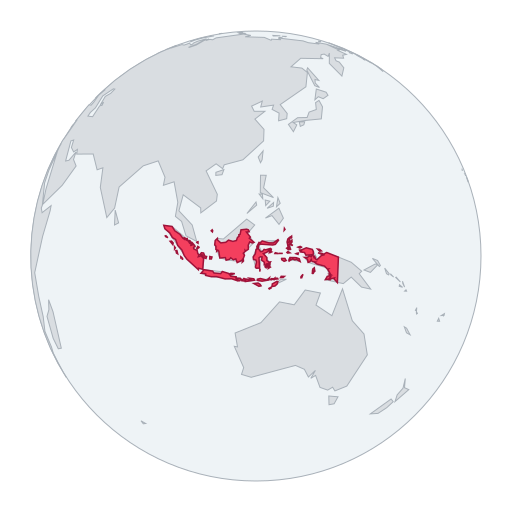 globe centered on Indonesia
{"feature_id": "IDN", "entity_name": "Indonesia", "entity_type": "country or territory", "adm_level": 0, "iso_a3": "IDN", "parent_name": "Asia", "parent_adm1": "", "projection": "orthographic", "projection_center": [119.503, -2.501], "detail": "fine", "context": "on_globe", "style": "filled", "palette": "rose", "viewbox_px": 512, "rotation_deg": 0, "n_neighbors": 0, "source": "natural_earth", "source_scale": "50m", "svg_char_len": 13287}
<svg xmlns="http://www.w3.org/2000/svg" viewBox="0 0 512 512"><circle cx="256" cy="256" r="225" fill="#eef3f6" stroke="#a8b0b8"/><path d="M444.4,313.6L444.1,315.3L443.9,315.5L444.4,313.6ZM372.3,63.1L380.8,68.7L383.1,71.6L375.9,65.4L371.5,62.7L370.8,62.7L366.2,60.1L363.2,58.9L357.8,55.9L354.0,53.3L350.4,51.6L350.1,51.9L344.5,49.7L345.5,49.4L335.8,45.8L328.5,42.7L343.6,48.4L358.2,55.2L372.3,63.1ZM468.2,182.2L466.4,177.2L467.7,180.1L468.2,182.2ZM465.1,174.3L465.8,176.0L465.2,174.6L465.1,174.3ZM464.5,173.5L465.0,174.1L464.7,173.9L464.5,173.5ZM464.0,173.0L464.3,173.2L464.0,173.0ZM462.5,170.7L462.0,170.0L462.1,169.5L462.5,170.7ZM378.3,66.8L376.9,65.9L378.3,66.8ZM363.7,59.2L365.2,60.2L363.0,59.2L363.7,59.2ZM352.8,54.0L348.8,52.5L352.2,53.6L352.8,54.0ZM346.0,51.3L336.4,48.3L338.9,50.0L326.4,44.2L338.7,48.3L342.5,49.1L342.8,49.8L346.0,51.3ZM321.0,41.8L318.1,41.0L320.4,41.4L321.0,41.8ZM62.8,140.1L63.4,139.6L76.5,120.7L75.5,121.1L87.3,106.7L89.0,104.8L91.1,105.2L93.9,102.0L98.6,95.3L105.3,89.6L101.0,92.7L98.1,95.7L95.4,98.1L97.8,95.6L100.1,93.4L100.6,92.9L114.7,80.5L129.9,69.3L145.9,59.5L162.7,51.0L157.6,53.4L162.2,51.2L160.6,52.1L168.2,48.8L167.5,49.3L176.1,45.6L176.1,45.9L170.6,48.2L181.9,44.6L184.1,45.1L187.0,44.1L189.5,43.0L190.7,44.9L192.8,44.1L193.2,43.2L197.7,41.2L206.0,38.9L205.9,39.6L202.9,40.6L196.5,44.2L188.5,47.3L189.4,47.4L196.3,45.0L204.1,40.5L209.1,38.9L206.2,40.7L207.7,39.9L210.2,39.4L212.6,39.8L216.1,37.9L243.5,34.1L250.8,35.4L245.2,36.8L264.3,37.4L271.1,40.3L271.5,39.2L280.9,39.7L278.9,38.7L279.8,38.2L303.0,40.9L308.4,42.7L318.8,44.0L319.0,43.7L315.6,42.3L326.4,44.2L338.9,50.0L337.8,50.4L346.4,54.4L342.7,55.2L343.6,58.2L334.6,57.8L336.1,60.8L339.3,62.1L343.8,67.8L341.9,76.1L329.3,63.4L329.4,53.1L328.1,56.4L324.2,54.1L321.2,54.6L320.6,57.5L323.2,58.7L300.7,58.3L291.0,66.8L301.9,68.1L307.4,72.5L305.9,86.8L280.2,104.6L287.2,113.5L286.7,118.7L278.6,120.8L279.1,113.1L272.1,109.4L273.6,105.1L260.7,107.0L262.3,101.1L251.6,106.1L254.2,111.3L264.9,111.3L254.9,119.1L264.0,129.4L263.6,140.9L242.9,159.8L224.2,164.8L222.7,168.7L216.1,163.8L206.1,170.9L217.3,194.3L216.5,201.0L200.8,212.9L200.7,207.9L183.2,194.8L178.9,210.8L192.2,225.0L196.7,241.4L186.0,235.8L181.6,221.4L175.4,216.4L177.8,202.3L174.1,181.8L163.4,185.3L165.0,177.2L158.2,160.9L143.3,165.8L119.1,187.0L114.6,208.1L106.8,217.6L100.3,187.4L102.9,167.8L97.1,169.8L93.2,154.0L76.7,154.1L77.4,149.4L73.6,151.9L71.4,147.5L73.7,140.0L70.9,140.9L65.6,161.0L68.9,160.3L76.0,152.0L73.5,159.5L76.1,166.0L62.2,185.3L42.7,204.4L46.0,188.9L58.0,149.4L60.5,144.8L60.8,144.4L61.3,143.5L57.0,150.9L60.9,143.5L48.8,170.5L44.6,182.9L42.3,205.4L41.3,208.0L42.1,212.7L51.1,205.6L50.1,210.9L42.6,236.4L34.7,272.7L38.7,296.2L43.2,316.7L44.9,331.3L51.5,347.1L53.3,353.2L57.9,362.3L63.2,372.3L66.3,377.5L57.8,363.1L50.4,348.2L44.2,332.7L39.1,316.8L35.2,300.6L32.5,284.2L31.0,267.6L30.8,250.9L31.8,234.3L34.0,217.8L37.4,201.5L42.0,185.5L47.8,169.8L54.8,154.7L62.8,140.1ZM176.4,45.3L171.4,47.4L165.5,49.8L166.3,49.4L176.4,45.3ZM87.9,116.1L92.6,116.7L99.7,105.8L102.1,105.3L103.6,102.1L100.2,105.0L105.3,96.4L110.6,93.4L114.8,89.1L113.4,88.8L102.8,95.9L95.4,107.9L90.4,112.4L87.9,116.1ZM73.7,124.0L70.8,127.8L71.9,126.2L72.7,125.2L73.7,124.0ZM141.0,420.8L145.7,423.5L143.3,423.8L141.0,420.8ZM53.0,311.7L61.3,348.2L58.3,348.8L53.2,338.4L47.0,316.4L48.9,309.7L48.6,299.7L53.0,311.7ZM253.9,283.7L260.9,285.3L260.7,286.3L253.9,283.7ZM246.6,279.4L254.5,280.3L245.3,281.6L246.6,279.4ZM257.6,280.8L265.7,279.4L269.2,278.0L268.6,280.1L257.6,280.8ZM241.2,279.1L212.5,276.9L201.4,273.4L203.9,269.6L222.0,271.7L241.2,279.1ZM203.0,269.4L186.1,257.7L164.0,225.6L171.9,226.3L195.2,246.1L193.7,249.3L203.9,258.5L203.0,269.4ZM244.4,252.0L242.8,262.0L226.9,259.9L219.7,257.8L214.8,244.7L217.5,238.4L223.4,239.0L246.7,219.1L254.7,225.0L247.4,233.5L254.0,242.6L244.4,252.0ZM115.2,210.1L118.6,222.9L114.5,225.0L115.2,210.1ZM256.7,205.1L246.9,213.5L256.0,202.0L256.7,205.1ZM262.4,194.2L262.8,198.8L259.1,194.0L262.4,194.2ZM222.0,174.7L215.8,175.4L215.9,172.3L223.9,169.6L222.0,174.7ZM263.1,150.9L262.1,159.8L260.5,162.7L258.2,157.0L263.1,150.9ZM214.1,35.9L202.7,38.0L194.6,40.2L190.3,42.0L191.5,40.8L203.9,37.4L214.1,35.9ZM239.8,34.0L243.5,33.1L245.2,33.4L244.6,33.7L239.8,34.0ZM239.7,33.5L238.1,32.7L242.3,32.2L242.8,32.9L239.7,33.5ZM222.2,33.3L218.9,33.8L220.5,33.5L222.2,33.3ZM391.1,399.0L393.2,401.7L386.7,407.7L378.0,413.4L370.3,413.9L391.1,399.0ZM329.0,404.7L328.8,396.0L338.0,396.8L334.1,403.8L329.0,404.7ZM397.2,394.8L403.0,388.2L405.3,378.5L404.5,387.7L408.8,389.6L395.0,401.6L397.2,394.8ZM295.4,365.4L251.2,377.3L241.5,374.4L243.7,367.6L234.3,346.3L237.5,346.9L235.1,333.0L261.0,322.6L279.5,301.9L294.2,304.8L305.2,290.0L320.4,293.0L316.0,305.1L331.9,315.7L342.5,288.8L352.3,320.8L364.0,334.0L367.3,354.9L346.8,386.1L334.9,390.9L332.6,387.2L327.7,390.1L320.0,387.4L315.6,375.4L310.8,378.3L315.4,370.4L308.4,377.0L304.4,369.3L295.4,365.4ZM404.3,326.8L406.6,328.2L410.1,334.8L406.5,332.8L404.3,326.8ZM438.7,318.3L439.6,321.3L437.3,321.2L438.7,318.3ZM443.9,315.5L441.2,315.6L444.4,313.6L443.9,315.5ZM416.3,311.3L417.4,313.5L416.5,314.0L416.3,311.3ZM415.4,310.4L416.8,307.6L416.5,310.7L415.4,310.4ZM404.6,291.1L406.0,289.8L406.6,291.2L404.6,291.1ZM271.3,286.4L281.0,279.3L286.4,279.2L271.3,286.4ZM402.6,287.3L399.2,286.3L399.5,284.7L402.6,287.3ZM402.8,283.6L402.5,281.2L404.6,287.1L402.8,283.6ZM396.2,277.1L400.4,282.0L395.7,277.5L396.2,277.1ZM393.7,277.1L390.6,274.7L390.8,274.1L393.7,277.1ZM359.2,273.7L370.7,289.1L361.5,287.1L351.2,277.1L343.3,283.6L325.3,279.7L329.4,275.5L326.9,267.9L308.4,262.6L304.7,257.5L311.2,255.2L299.0,250.0L312.3,249.5L317.8,259.8L325.4,253.3L338.5,257.1L351.3,262.3L361.7,271.2L359.2,273.7ZM312.5,270.6L314.8,270.9L312.8,273.6L312.5,270.6ZM384.7,268.1L389.2,273.8L388.7,274.9L386.5,273.7L384.7,268.1ZM364.0,270.0L375.2,264.0L377.8,264.7L370.4,272.4L364.0,270.0ZM372.4,258.4L377.6,260.5L380.4,265.5L379.3,266.5L372.4,258.4ZM285.4,258.6L284.8,261.2L281.4,258.7L285.4,258.6ZM289.8,257.5L300.2,261.5L288.8,259.6L289.8,257.5ZM258.7,245.2L261.6,251.7L271.1,248.6L263.9,253.7L270.4,264.6L268.2,268.3L261.8,256.5L259.6,267.9L255.5,267.3L253.1,257.2L257.3,245.6L261.4,241.0L278.5,240.6L258.7,245.2ZM289.7,249.8L286.9,242.3L289.0,237.7L292.0,241.8L289.7,249.8ZM279.0,224.4L272.0,215.6L265.4,218.1L278.9,208.2L283.4,218.2L279.0,224.4ZM273.3,206.2L267.1,208.3L273.6,202.5L273.3,206.2ZM265.7,205.6L265.2,200.0L269.9,201.2L265.7,205.6ZM276.5,206.8L277.9,197.6L280.2,203.3L276.5,206.8ZM263.6,187.8L273.5,197.6L260.3,192.6L260.5,175.2L266.2,175.3L263.6,187.8ZM300.3,126.4L299.3,122.0L304.7,121.8L303.8,124.8L300.3,126.4ZM321.3,118.9L305.8,120.4L293.2,122.5L296.8,124.9L293.4,131.7L288.4,124.4L297.6,117.7L307.1,117.5L309.1,112.1L316.3,109.5L315.6,102.6L319.0,100.4L322.5,106.8L321.3,118.9ZM314.9,99.8L316.3,89.0L326.1,92.2L328.0,95.3L323.2,98.7L318.3,96.7L314.9,99.8ZM319.5,87.5L314.8,85.7L306.8,70.1L307.6,67.8L318.8,80.4L315.0,79.5L315.2,83.0L319.5,87.5ZM318.7,41.4L318.2,41.0L320.4,41.8L318.7,41.4ZM278.4,37.7L280.0,37.3L282.6,37.9L278.4,37.7ZM285.8,36.7L281.8,36.2L286.1,36.4L285.8,36.7ZM272.9,35.4L280.3,35.8L273.2,36.0L272.9,35.4Z" fill="#d9dde1" stroke="#a8b0b8" stroke-width="1"/><path d="M217.4,238.4L217.5,240.0L220.8,242.9L225.8,242.3L228.5,240.1L232.9,241.4L236.4,240.5L237.5,237.4L239.0,236.3L238.8,234.8L240.1,234.3L241.0,229.8L246.6,229.2L248.4,229.8L249.2,231.7L246.4,232.0L250.4,237.1L249.3,238.2L254.0,242.3L252.2,243.0L249.7,241.9L248.2,245.2L248.4,249.2L245.8,251.0L245.1,250.3L245.2,251.4L243.3,253.2L244.5,255.2L243.3,258.5L242.5,259.3L242.1,260.3L237.2,262.6L235.8,258.9L233.3,259.8L230.7,257.8L229.6,259.3L226.1,260.2L225.4,257.6L219.8,258.0L218.8,251.3L218.0,250.3L215.9,249.5L215.9,246.2L214.7,244.9L215.2,240.5L217.4,238.4ZM163.8,225.3L172.1,226.5L174.8,230.8L179.9,234.3L182.8,238.1L184.1,239.0L183.9,237.9L184.7,237.8L186.3,240.0L188.3,241.0L189.7,243.3L192.1,244.3L190.3,245.7L193.3,244.5L194.5,245.4L195.0,246.4L193.6,247.3L193.7,248.8L197.2,250.6L197.8,253.7L199.0,254.7L198.3,256.7L201.1,255.8L203.6,258.6L202.7,269.3L198.5,268.2L198.4,269.7L186.8,259.1L184.2,255.5L181.9,250.0L177.7,245.4L175.6,239.5L172.4,237.6L169.8,232.9L164.9,228.8L163.8,225.3ZM338.4,257.1L337.4,282.6L334.1,279.0L334.6,277.9L330.0,279.1L330.9,276.5L329.7,275.2L330.1,275.0L330.8,275.1L331.2,275.0L329.2,274.0L330.2,273.7L327.8,269.5L328.4,269.0L327.4,269.1L324.5,266.1L316.8,264.0L314.8,262.5L315.6,262.0L312.2,261.5L311.1,260.1L311.7,258.5L310.0,261.8L308.1,262.4L307.5,259.4L304.6,257.4L307.5,257.4L309.3,256.0L311.2,256.8L312.1,254.7L305.9,255.2L304.5,252.5L300.9,252.0L301.9,249.7L306.3,247.8L312.3,249.4L313.4,251.8L313.1,255.6L314.1,257.6L314.7,256.5L315.7,259.1L317.0,259.8L321.4,255.5L324.0,254.9L324.2,253.9L326.7,252.5L338.4,257.1ZM278.5,240.3L275.3,244.4L272.7,245.0L260.2,244.1L258.7,245.1L258.2,248.4L260.6,251.6L262.5,251.4L264.1,249.4L265.7,249.8L270.4,248.4L271.4,249.2L271.2,250.1L269.4,249.7L266.8,252.3L263.3,253.6L266.9,257.6L266.8,260.4L269.1,262.2L269.2,263.4L266.2,264.0L265.9,265.2L264.2,264.9L264.3,262.3L261.5,260.0L262.1,257.0L260.5,256.7L259.0,257.8L259.6,268.1L256.2,268.2L255.4,267.1L256.5,262.0L255.9,260.0L253.5,259.5L253.2,256.9L255.3,253.8L256.0,249.7L256.8,248.8L257.3,249.6L256.9,246.5L259.0,242.4L260.3,242.8L262.2,241.0L269.1,242.9L273.4,242.9L278.0,239.6L278.5,240.3ZM204.0,269.7L212.6,271.1L214.0,273.0L220.7,273.6L222.3,271.5L228.9,273.5L230.8,276.3L236.2,276.8L236.1,279.2L236.9,280.6L231.7,278.8L225.0,278.9L216.4,276.6L211.2,276.7L205.6,275.4L205.8,274.1L204.5,273.6L201.0,273.3L204.0,269.7ZM288.2,242.9L291.9,240.1L292.0,242.0L290.3,243.4L292.8,245.5L289.2,244.4L288.8,245.1L290.9,249.8L288.1,247.2L287.1,241.8L287.8,239.0L289.4,237.6L289.3,241.0L288.2,242.9ZM296.0,257.6L299.2,258.7L300.1,261.5L296.4,259.4L294.9,259.9L292.6,259.0L291.2,259.8L289.7,258.7L288.8,260.0L290.0,257.5L296.0,257.6ZM268.7,280.0L262.0,281.2L257.2,280.3L257.4,279.2L260.3,278.5L267.0,280.1L269.3,278.0L268.7,280.0ZM249.2,278.2L253.8,278.8L254.6,280.2L245.5,281.5L245.6,279.7L246.9,279.0L250.0,280.4L251.1,279.9L249.2,278.2ZM277.0,281.3L277.9,281.7L277.1,284.1L275.0,286.0L272.0,286.6L272.3,283.9L277.0,281.3ZM203.6,253.0L204.8,256.1L206.6,256.5L206.0,258.5L203.5,257.5L202.6,255.0L200.1,254.5L201.4,252.7L203.6,253.0ZM328.7,279.2L325.4,279.6L327.2,276.4L329.7,275.7L330.5,277.0L328.7,279.2ZM258.0,283.0L260.1,284.3L261.0,285.8L258.9,286.3L253.9,283.5L258.0,283.0ZM284.8,258.4L286.2,260.5L284.1,261.3L281.7,259.7L281.8,258.4L284.8,258.4ZM240.2,278.2L241.2,279.2L239.1,280.9L236.4,278.3L240.2,278.2ZM245.2,278.9L244.7,281.1L241.8,280.7L243.9,278.4L245.2,278.9ZM212.0,257.0L211.4,259.0L209.7,259.0L209.8,256.5L212.0,257.0ZM314.3,267.8L314.8,271.2L313.7,271.4L312.7,270.3L312.9,268.9L314.3,267.8ZM234.8,273.6L231.2,274.6L229.6,274.0L230.9,273.3L234.8,273.6ZM270.0,263.4L269.6,266.4L270.4,267.1L268.3,268.4L269.1,264.3L270.0,263.4ZM171.6,241.1L173.2,243.0L172.8,244.6L170.1,241.3L171.6,241.1ZM177.7,253.8L176.5,253.1L175.9,250.6L176.9,250.5L177.7,253.8ZM301.7,277.8L300.9,277.8L301.0,276.6L303.0,274.3L301.7,277.8ZM300.2,246.4L302.2,247.5L299.4,246.7L300.5,247.7L299.9,248.1L298.0,247.2L300.2,246.4ZM275.3,252.7L278.8,253.6L274.9,253.5L275.3,252.7ZM268.3,266.9L266.9,267.1L267.2,264.9L268.5,264.3L268.3,266.9ZM317.6,249.1L319.6,249.4L321.4,250.9L319.6,251.2L317.6,249.1ZM284.4,276.4L283.1,277.5L280.5,277.6L281.2,276.3L284.4,276.4ZM314.1,271.8L313.2,273.4L312.3,273.3L312.5,270.8L314.1,271.8ZM289.9,252.8L287.6,253.1L286.9,252.5L287.9,251.5L289.9,252.8ZM318.0,252.8L320.7,253.1L323.3,253.7L320.8,254.0L318.0,252.8ZM269.4,250.8L271.7,251.9L270.4,252.5L270.3,251.3L269.3,252.4L269.4,250.8ZM291.0,238.2L290.1,237.3L291.6,236.1L291.7,237.6L291.0,238.2ZM275.7,278.2L277.6,278.3L277.9,278.9L275.0,279.2L275.7,278.2ZM298.4,253.0L298.0,254.4L296.0,253.7L297.0,253.2L298.4,253.0ZM243.5,261.0L242.5,261.9L243.3,259.0L243.5,261.0ZM287.6,247.5L288.8,249.5L288.4,249.7L286.6,248.2L287.6,247.5ZM167.9,237.7L165.6,236.6L165.3,235.9L165.9,235.7L167.9,237.7ZM212.4,231.9L211.2,230.8L212.2,229.8L212.7,230.7L212.4,231.9ZM300.9,251.5L300.1,251.3L299.6,250.1L301.0,250.0L300.9,251.5ZM192.0,243.2L190.1,243.2L190.2,242.3L192.0,243.2ZM187.2,238.5L187.2,239.6L186.4,239.8L186.1,238.7L187.2,238.5ZM273.2,278.7L271.7,279.8L270.5,279.7L271.1,278.7L273.2,278.7ZM269.3,289.0L268.9,288.4L270.9,287.3L271.1,288.0L269.3,289.0ZM279.6,253.3L282.8,253.4L279.1,253.5L279.6,253.3ZM198.0,241.7L198.0,243.2L196.8,242.5L197.2,241.9L198.0,241.7ZM217.8,250.4L216.7,251.3L216.8,250.2L217.8,250.4ZM182.6,258.5L182.6,259.8L181.6,257.7L182.6,258.5ZM197.8,246.4L199.6,247.6L197.5,247.2L197.8,246.4ZM265.9,267.6L265.0,266.8L265.4,266.1L265.9,266.5L265.9,267.6ZM175.4,247.8L174.6,248.9L174.6,246.8L175.4,247.8ZM189.9,242.7L189.3,242.4L189.2,241.1L189.9,241.8L189.9,242.7ZM285.0,229.4L284.2,230.3L284.4,228.4L285.0,229.4ZM274.4,278.4L274.0,279.7L273.2,279.4L274.4,278.4ZM190.0,240.7L190.1,241.4L188.4,240.3L190.0,240.7ZM196.8,248.3L198.0,248.3L197.2,249.1L196.8,248.3ZM192.6,243.1L190.9,242.5L191.0,242.0L192.0,242.4L192.6,243.1ZM270.5,261.9L270.0,262.8L269.6,262.0L270.5,261.9ZM290.5,260.1L289.1,261.1L288.9,260.8L290.5,260.1ZM330.0,279.7L328.9,279.6L328.8,279.3L329.7,278.8L330.0,279.7ZM260.1,269.6L259.8,271.6L259.8,268.9L260.1,269.6ZM181.6,257.3L180.9,257.8L180.8,256.7L181.6,257.3Z" fill="#f43f5e" stroke="#9f1239" stroke-width="1.5"/></svg>